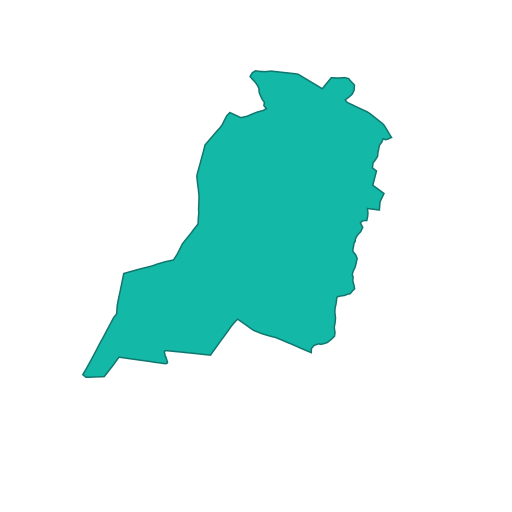 the district of Kipkelion West, Rift Valley, Kenya, rotated 306°
{"feature_id": "3690345B22667939022422", "entity_name": "Kipkelion West", "entity_type": "district", "adm_level": 2, "iso_a3": "KEN", "parent_name": "Kenya", "parent_adm1": "Rift Valley", "projection": "albers", "projection_center": [35.383, -0.158], "detail": "fine", "context": "isolated", "style": "filled", "palette": "teal", "viewbox_px": 512, "rotation_deg": 306, "n_neighbors": 0, "source": "geoboundaries", "source_scale": "gbopen_adm2", "svg_char_len": 3474}
<svg xmlns="http://www.w3.org/2000/svg" viewBox="0 0 512 512"><g transform="rotate(306 256 256)"><path d="M315.9,149.5L309.9,151.9L304.1,154.1L300.4,155.5L295.2,157.5L289.2,159.7L285.8,161.2L282.3,164.3L279.4,167.0L278.2,168.1L277.1,169.2L271.2,174.5L268.1,176.7L265.6,178.4L260.0,182.1L256.5,184.9L255.3,185.5L251.6,187.8L247.8,190.3L241.1,190.0L236.7,190.0L222.9,189.3L211.2,191.2L204.3,191.6L198.2,186.1L191.4,180.8L190.2,180.0L188.8,179.1L185.9,177.0L179.5,171.6L175.0,167.9L169.6,163.6L164.1,159.3L152.5,164.6L149.9,165.7L148.8,166.3L146.7,167.2L145.4,167.8L143.4,168.6L142.5,169.0L141.3,169.6L138.4,170.9L133.9,173.1L127.5,177.2L122.0,177.1L118.4,177.6L116.8,177.9L115.1,178.1L110.9,178.7L109.3,178.9L107.8,179.1L103.1,179.8L99.7,180.3L98.3,180.5L96.9,180.6L92.8,181.1L88.5,181.8L78.1,183.3L69.7,184.4L63.7,185.1L58.2,185.6L58.2,186.6L58.1,187.6L58.0,189.8L60.8,193.5L63.6,196.9L66.4,200.6L69.2,204.1L74.0,204.3L83.1,204.6L93.6,204.6L96.7,210.4L98.5,213.9L101.8,220.0L103.7,223.6L104.4,224.9L105.9,227.7L108.2,232.0L111.0,237.5L112.9,240.9L114.5,244.0L115.6,246.0L116.9,247.1L118.3,246.7L118.9,245.6L119.8,244.5L120.4,243.7L121.2,242.6L121.8,241.2L122.9,240.1L123.8,239.0L124.9,238.0L126.0,238.3L127.1,239.7L128.6,242.3L129.9,244.5L131.1,246.6L133.5,250.6L134.5,252.3L136.6,256.0L138.9,259.9L142.1,265.4L144.2,269.1L146.5,273.1L149.0,277.4L159.6,277.4L165.3,277.3L173.7,277.4L179.1,277.4L184.9,277.3L186.1,277.4L189.2,277.6L194.1,278.2L194.2,282.0L194.3,287.3L194.3,293.2L194.4,297.2L194.6,298.6L195.7,302.8L196.1,304.4L196.5,306.1L198.3,311.3L200.0,315.9L200.9,318.1L201.5,319.5L202.5,323.5L203.2,326.5L203.5,327.8L203.8,329.1L204.8,333.6L205.5,336.0L205.8,337.6L207.1,343.5L207.4,345.1L207.7,346.6L208.6,350.4L209.7,355.1L210.3,357.5L213.8,355.2L217.7,355.5L221.9,358.4L222.4,360.1L224.8,362.3L228.0,364.6L232.7,365.9L237.2,366.7L240.4,365.0L244.2,361.3L249.1,358.9L252.7,356.7L256.8,352.9L260.5,350.5L264.1,349.0L265.3,348.4L269.2,346.2L270.5,345.7L272.8,347.4L274.5,349.1L276.0,350.7L277.8,351.9L278.8,352.5L280.8,354.3L284.8,354.6L287.4,355.1L289.4,353.1L292.7,349.0L296.4,346.7L297.4,344.8L301.1,343.5L305.0,342.8L308.3,341.6L309.6,341.0L312.2,339.8L313.3,339.5L315.5,336.1L316.7,331.6L319.1,330.1L320.1,329.7L321.9,328.9L323.1,328.2L324.5,327.7L326.1,327.7L328.4,326.3L332.9,325.8L337.2,326.4L341.9,325.5L344.2,320.9L346.7,321.5L347.8,322.2L349.8,324.8L354.0,322.9L356.7,321.2L359.9,318.2L365.7,328.8L372.8,324.5L381.8,322.8L381.9,308.9L395.6,303.5L395.7,298.4L400.3,295.9L402.0,296.1L403.8,296.1L408.1,295.8L411.6,293.7L413.2,293.0L414.5,292.5L418.0,290.8L422.2,290.8L425.5,289.9L426.2,292.4L428.2,294.1L430.6,295.3L431.5,296.0L433.5,291.2L435.0,287.9L435.6,286.4L436.2,284.9L437.2,282.4L437.4,281.2L437.5,279.9L437.7,276.0L437.9,271.4L438.2,265.0L438.0,261.2L436.8,255.1L435.6,249.2L434.9,244.8L433.8,239.6L434.8,236.4L439.7,237.9L443.5,238.7L447.9,237.9L450.4,236.2L452.2,235.1L453.3,229.2L453.6,228.0L454.0,226.8L452.6,223.1L448.3,217.9L444.5,212.1L430.3,211.3L427.8,183.2L426.1,179.9L414.4,159.4L412.0,156.8L410.9,155.5L409.9,154.1L407.3,150.1L405.5,146.7L402.0,145.3L397.7,145.7L396.8,149.7L396.1,153.4L394.7,157.2L393.0,160.3L391.8,161.0L390.1,162.6L388.8,164.6L388.1,165.8L387.0,167.7L386.5,168.7L385.2,172.5L382.3,174.0L381.3,177.8L377.7,176.1L373.6,172.7L369.8,170.2L363.9,166.7L359.0,162.4L357.8,156.0L356.7,150.5L352.2,149.9L347.5,150.6L342.3,151.5L338.5,151.5L334.7,151.0L315.9,149.5Z" fill="#14b8a6" stroke="#0f766e" stroke-width="1.5"/></g></svg>